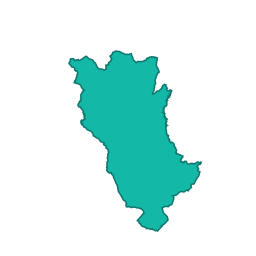 outline of Phran Kratai, Kamphaeng Phet, Thailand, rotated 33°
{"feature_id": "78962969B94050076713993", "entity_name": "Phran Kratai", "entity_type": "district", "adm_level": 2, "iso_a3": "THA", "parent_name": "Thailand", "parent_adm1": "Kamphaeng Phet", "projection": "albers", "projection_center": [99.551, 16.715], "detail": "fine", "context": "isolated", "style": "filled", "palette": "teal", "viewbox_px": 256, "rotation_deg": 33, "n_neighbors": 0, "source": "geoboundaries", "source_scale": "gbopen_adm2", "svg_char_len": 5835}
<svg xmlns="http://www.w3.org/2000/svg" viewBox="0 0 256 256"><g transform="rotate(33 128 128)"><path d="M93.8,66.5L91.5,65.1L90.3,63.8L88.1,66.4L86.6,66.9L85.9,67.8L84.1,67.8L81.8,68.5L81.3,68.2L79.8,68.6L79.5,68.4L75.7,70.2L75.0,71.8L74.0,73.0L74.4,73.5L74.2,73.9L74.8,74.7L74.3,75.7L74.5,76.3L73.8,77.2L74.1,77.9L76.7,78.7L76.5,79.8L77.2,80.9L76.2,83.8L76.6,84.2L76.4,84.6L77.3,85.5L76.7,85.8L76.0,87.1L75.3,87.2L75.5,87.9L76.1,88.2L76.2,88.8L77.3,89.6L77.2,90.2L77.6,90.5L76.5,92.5L75.0,92.5L72.8,93.4L72.0,94.1L70.7,94.2L68.3,93.3L65.3,91.3L63.8,91.4L62.0,90.4L60.3,90.3L57.8,91.2L54.1,90.5L53.5,91.0L50.8,97.7L49.9,98.1L49.0,97.7L47.4,99.2L47.1,100.2L46.8,100.5L44.5,99.6L42.2,101.2L42.2,101.9L43.1,103.2L43.0,104.9L43.4,106.1L46.7,106.9L47.2,107.5L50.0,106.6L51.0,107.1L51.5,108.3L53.1,108.7L53.8,107.9L55.6,108.9L56.3,110.4L56.1,111.2L57.1,112.3L57.1,113.2L57.5,113.4L57.3,113.9L57.7,114.2L57.5,114.9L57.8,115.5L57.8,116.3L58.0,116.4L57.8,116.8L58.2,116.8L58.3,117.3L58.0,117.6L58.3,118.1L58.0,118.6L58.2,119.2L60.5,118.7L61.9,118.0L64.6,117.8L66.1,118.5L66.5,119.1L67.4,119.6L70.6,120.1L70.0,121.6L70.0,122.4L70.5,122.7L70.2,124.3L70.7,125.0L70.3,125.4L71.0,127.1L72.3,128.2L72.2,129.2L73.5,130.0L73.6,130.9L73.0,131.3L73.2,131.9L72.9,132.3L73.4,133.0L73.1,134.2L73.3,135.6L74.2,136.6L75.2,137.1L76.7,136.2L77.2,136.9L78.3,136.9L78.8,137.5L80.9,137.7L81.6,138.5L81.5,139.3L83.7,140.0L83.9,140.5L83.4,140.7L83.9,141.1L84.6,140.6L85.2,141.5L85.0,142.2L85.6,143.2L85.9,143.2L86.0,143.6L86.1,143.2L86.7,143.2L87.2,144.0L87.0,144.5L86.2,145.0L86.1,146.0L85.7,146.7L84.7,146.7L84.7,147.4L85.5,148.4L85.2,148.6L85.7,149.2L86.3,148.8L86.7,149.1L86.8,149.4L86.5,149.7L86.9,150.1L87.6,150.4L87.9,149.8L88.0,150.1L88.5,150.0L89.1,150.5L89.5,150.4L90.3,151.2L91.9,150.8L95.0,151.6L98.4,150.9L100.3,151.2L102.0,152.2L103.1,153.4L105.5,153.2L106.0,153.5L109.7,153.0L112.4,154.4L112.9,154.0L114.5,154.0L116.1,153.5L116.6,155.2L119.5,155.2L120.5,156.8L122.1,156.7L123.5,157.5L124.3,158.5L125.1,158.9L125.2,160.5L125.6,161.5L126.6,162.4L127.0,164.6L128.9,165.9L129.1,167.4L128.9,167.9L129.4,168.3L129.3,168.5L130.0,169.4L130.0,169.9L131.4,171.5L131.3,171.9L131.8,172.3L131.7,172.8L132.4,173.1L132.9,174.0L133.0,174.9L133.9,175.5L134.1,175.3L135.7,176.0L136.0,175.7L136.4,175.9L137.1,175.5L137.3,175.7L138.0,174.8L138.4,174.9L138.5,174.6L139.4,175.6L140.2,175.8L141.4,175.5L141.7,176.3L143.6,177.9L144.6,178.3L147.9,180.8L150.3,182.0L154.6,186.5L158.1,188.0L163.4,190.9L165.2,190.8L167.8,192.0L168.1,193.7L169.6,195.0L170.9,194.2L171.4,193.4L174.1,193.0L174.4,192.2L177.2,190.5L178.9,190.2L180.2,189.3L182.7,188.8L182.8,188.5L186.0,189.1L187.9,190.9L187.2,192.1L187.3,193.0L186.2,200.6L186.9,200.7L187.6,200.4L189.4,201.8L190.8,201.6L191.3,202.1L192.7,202.7L194.5,202.6L195.2,202.0L196.2,202.0L196.7,201.7L197.8,202.3L198.9,202.0L199.1,201.3L201.6,200.8L203.4,199.7L204.0,199.6L204.0,199.3L206.7,199.4L207.8,198.3L208.9,198.4L210.0,191.8L209.3,191.8L210.7,188.9L211.7,183.4L211.1,183.1L210.8,182.3L209.0,180.9L204.4,180.0L200.1,176.6L201.8,173.6L204.9,171.8L205.0,169.8L206.4,168.6L205.1,162.8L204.3,161.3L202.4,160.7L204.7,158.5L205.5,156.8L205.9,154.4L206.7,152.8L207.6,152.1L209.8,151.2L211.0,148.1L211.4,147.9L212.1,148.1L212.9,147.7L212.5,146.8L213.5,143.3L212.0,141.8L211.7,141.0L212.4,139.9L213.5,139.5L213.8,138.4L213.2,134.0L213.4,129.5L212.0,125.5L210.5,125.9L210.0,125.7L209.3,124.8L209.6,124.0L208.6,123.2L207.2,122.9L206.9,122.5L207.2,120.3L208.4,119.0L208.1,116.9L207.3,117.2L207.3,117.8L206.6,118.3L205.0,118.4L204.5,119.0L204.2,120.8L203.7,120.9L203.8,121.2L203.1,121.6L202.6,122.5L202.2,122.3L200.8,122.8L200.5,123.3L200.1,123.3L198.9,125.1L197.0,125.6L194.9,124.3L193.5,125.2L193.8,126.4L193.2,127.1L192.2,126.6L191.4,127.3L190.6,127.4L189.9,127.0L190.0,125.7L189.3,125.1L189.5,124.6L189.3,124.4L189.9,122.8L189.2,121.6L188.5,122.0L186.5,122.1L186.4,122.4L184.2,122.5L183.4,123.1L182.6,123.2L182.6,122.7L182.2,122.7L182.4,122.5L181.5,122.2L180.8,120.1L179.0,119.3L178.6,118.6L176.5,118.2L176.4,117.3L174.7,116.0L172.3,116.0L171.8,117.3L170.1,116.7L169.9,115.8L169.5,115.9L168.8,114.9L168.2,115.1L168.0,114.7L167.4,114.6L166.6,113.9L166.3,112.5L165.3,112.2L165.1,112.6L164.3,112.0L163.2,112.0L162.9,110.7L162.2,110.4L161.6,109.1L160.3,108.5L160.4,108.0L159.5,107.1L159.6,106.7L158.8,105.6L159.3,104.9L159.0,105.0L158.9,104.6L158.2,105.2L158.2,104.6L157.7,104.3L157.7,103.8L157.1,103.8L157.1,102.9L156.6,102.7L156.7,101.8L157.0,101.8L157.0,101.4L155.9,100.6L156.0,99.7L155.6,99.9L155.4,99.3L155.1,99.4L155.2,99.1L154.6,98.9L154.4,99.0L154.4,99.4L152.8,99.1L152.8,98.5L152.4,98.7L152.3,98.2L152.0,98.3L151.8,97.3L151.1,96.9L151.1,95.9L149.6,95.9L149.9,95.7L149.7,95.0L149.3,95.0L149.4,94.8L148.4,94.3L148.5,93.6L147.6,92.7L147.1,92.8L147.2,92.2L147.6,92.1L147.0,91.2L147.4,90.6L147.7,90.6L147.3,90.4L147.6,90.1L147.3,89.2L147.6,88.8L148.0,88.8L148.2,88.1L147.3,86.3L146.5,85.8L146.5,85.0L145.8,84.8L145.9,84.2L145.5,84.0L145.9,83.4L145.5,83.4L145.8,83.1L145.3,83.0L144.9,82.1L145.4,81.1L145.1,80.9L145.4,80.6L145.1,80.4L145.4,80.3L145.0,79.8L145.6,79.4L145.0,79.2L145.4,79.1L145.2,78.1L145.7,77.8L144.8,77.2L145.4,77.2L145.4,76.7L145.0,76.1L144.3,72.8L142.5,73.1L142.5,74.8L140.2,75.2L139.1,74.3L139.0,73.5L139.2,73.3L136.7,72.1L136.4,71.2L134.8,71.7L134.0,73.5L134.6,76.4L133.7,80.3L132.2,81.2L131.9,83.3L131.2,85.2L130.6,85.8L129.8,85.9L129.3,82.1L128.4,80.8L128.3,79.6L127.3,78.5L126.8,75.5L124.7,73.2L123.3,67.6L123.1,65.1L123.7,64.5L123.6,64.0L121.1,62.0L117.5,60.2L117.3,59.2L115.9,57.0L115.5,55.1L114.3,53.3L112.6,53.7L112.1,54.6L111.0,54.2L110.9,54.7L108.9,55.3L108.4,56.4L107.3,57.0L107.2,57.9L106.2,58.7L105.8,59.8L105.9,60.2L106.3,60.2L106.3,61.3L105.5,62.3L104.9,62.4L104.7,63.5L103.8,64.5L103.0,64.8L102.4,65.6L100.0,66.8L99.3,68.8L95.2,67.9L93.8,66.5Z" fill="#14b8a6" stroke="#0f766e" stroke-width="1.5"/></g></svg>